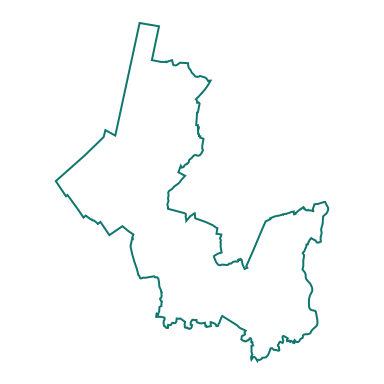 the district of Binh Chanh, Hồ Chí Minh city, Vietnam
{"feature_id": "81297802B93683261125538", "entity_name": "Binh Chanh", "entity_type": "district", "adm_level": 2, "iso_a3": "VNM", "parent_name": "Vietnam", "parent_adm1": "Hồ Chí Minh city", "projection": "natural_earth1", "projection_center": [106.606, 10.749], "detail": "fine", "context": "isolated", "style": "outline", "palette": "teal", "viewbox_px": 384, "rotation_deg": 0, "n_neighbors": 0, "source": "geoboundaries", "source_scale": "gbopen_adm2", "svg_char_len": 6055}
<svg xmlns="http://www.w3.org/2000/svg" viewBox="0 0 384 384"><path d="M163.5,322.6L164.0,325.7L164.3,326.2L165.2,326.4L166.3,327.9L167.9,328.0L168.1,327.5L167.9,325.8L168.2,324.9L169.4,325.2L170.8,325.0L172.1,323.0L172.5,322.8L174.2,323.2L175.4,323.0L176.3,321.6L176.7,318.5L178.7,318.8L180.4,318.5L185.1,321.9L184.6,324.4L184.9,327.4L185.6,327.7L186.8,327.5L187.1,328.1L188.9,328.4L189.2,328.9L190.1,328.7L191.0,328.2L191.7,327.0L192.0,325.0L190.7,324.8L190.7,322.6L191.0,321.7L192.4,319.8L192.8,319.7L194.3,320.1L196.5,320.0L196.6,321.6L197.2,322.4L199.9,323.3L201.5,323.4L205.0,322.8L205.4,325.8L206.2,325.8L206.4,327.0L210.9,326.1L210.6,322.2L211.5,322.3L214.9,323.7L215.9,324.6L216.3,326.1L216.8,326.6L216.7,326.3L217.8,326.0L218.2,325.7L218.4,324.3L219.4,322.8L220.1,320.7L220.8,319.2L221.2,317.7L222.3,316.0L236.9,325.2L239.8,327.9L245.7,330.7L245.1,331.8L244.5,332.2L244.5,332.8L245.0,334.0L244.9,334.5L243.4,335.5L242.2,335.7L241.9,336.0L241.3,339.4L243.5,340.9L244.6,341.0L244.9,341.3L246.1,341.4L247.0,340.6L248.5,340.1L249.7,338.4L250.3,338.2L250.9,338.5L251.2,339.2L251.4,340.4L251.3,341.8L252.0,341.8L252.5,342.3L252.1,342.8L253.1,345.5L251.4,346.0L251.6,350.3L251.4,351.7L252.4,354.6L251.2,356.4L251.1,358.0L251.5,359.6L253.1,357.1L254.3,357.0L255.0,357.4L256.0,358.6L257.4,361.0L257.9,359.9L258.3,359.7L259.1,359.9L260.0,359.8L261.0,359.3L261.9,358.5L262.2,357.8L265.9,357.4L268.0,355.1L270.2,349.8L270.4,348.7L270.9,348.2L271.9,348.2L273.8,349.8L276.7,350.1L278.0,350.7L279.1,350.5L279.4,349.8L279.0,348.6L279.0,347.1L278.9,346.8L277.9,345.8L277.9,344.9L278.9,343.7L279.2,342.7L280.0,341.8L280.4,341.8L282.5,343.0L282.7,342.9L283.3,340.7L282.5,337.8L282.6,336.5L282.9,336.2L283.3,336.0L284.7,336.5L287.8,338.3L287.5,339.1L287.0,339.5L286.9,340.4L287.1,341.1L288.0,340.8L288.6,341.1L289.1,340.9L289.3,341.1L289.7,341.7L290.2,341.9L290.6,341.4L290.6,340.8L291.0,340.8L291.8,341.5L292.6,341.7L292.9,342.5L293.1,342.4L293.7,341.4L293.9,341.6L294.0,343.0L294.3,343.1L294.7,342.3L294.6,340.6L294.7,340.2L296.4,342.0L297.1,342.1L298.4,341.9L299.1,341.3L300.6,338.9L302.7,337.8L303.0,335.5L303.6,334.8L304.8,334.3L307.6,334.2L308.9,333.9L309.8,333.5L310.6,332.7L311.5,330.8L312.7,329.4L316.6,325.9L317.4,323.9L317.5,322.9L317.3,319.7L315.8,311.6L315.2,310.9L311.1,310.0L309.9,308.8L309.2,307.3L309.0,305.6L308.9,301.9L309.1,298.8L309.9,295.6L312.2,291.1L312.3,289.0L311.8,286.9L310.2,283.6L307.4,280.6L306.0,278.7L305.7,277.0L305.7,275.0L305.4,273.7L304.8,272.4L302.5,269.5L303.3,266.1L303.3,260.5L304.1,255.6L303.9,254.8L302.7,253.2L303.1,252.4L304.1,251.6L306.2,246.7L306.5,244.5L307.8,244.4L308.3,242.7L309.2,240.8L310.0,239.5L311.3,238.1L312.4,239.0L315.4,240.4L316.5,242.0L317.4,242.7L318.1,242.7L320.8,241.7L320.6,237.4L321.7,233.0L321.1,229.9L321.4,228.1L322.6,224.1L323.1,216.7L323.6,215.9L326.3,213.6L327.0,212.5L328.1,210.1L328.2,208.0L325.0,201.9L324.1,202.0L317.9,203.9L315.4,204.1L314.2,204.5L314.1,206.0L313.7,206.6L312.9,208.8L313.2,211.1L312.5,211.1L311.7,210.6L308.4,210.3L308.3,210.0L306.6,210.4L304.2,209.0L303.8,208.4L304.3,208.1L303.4,207.1L300.9,209.1L300.8,208.9L299.0,210.3L295.7,213.0L295.8,213.6L295.2,214.1L294.9,214.0L294.1,214.3L293.9,213.6L293.8,211.5L291.0,212.0L289.4,212.9L287.3,213.4L286.4,213.9L285.8,213.8L282.9,214.3L282.9,214.7L282.5,214.6L279.4,215.5L275.1,216.3L270.1,218.3L270.4,219.2L265.7,221.3L262.2,229.1L253.1,250.8L246.3,266.2L247.3,267.8L244.6,268.9L242.6,264.6L241.6,259.7L240.6,259.1L240.3,259.8L239.9,259.9L239.9,259.4L239.5,259.3L238.9,259.4L238.1,259.9L238.2,261.2L237.6,261.7L236.9,261.7L236.0,261.4L233.8,261.7L232.9,262.1L231.0,263.6L229.1,263.6L228.1,264.8L227.0,265.0L221.7,264.6L220.8,265.2L219.9,265.2L218.8,265.1L218.0,264.5L216.2,262.3L214.5,258.4L214.0,256.8L214.1,255.9L217.0,254.2L218.4,253.5L221.6,252.5L220.6,246.4L220.8,243.5L220.4,242.7L220.9,240.3L220.0,238.4L220.1,237.8L220.9,236.6L221.3,234.5L216.5,233.8L217.4,228.1L216.5,227.8L212.5,225.1L205.2,221.8L195.2,218.3L194.8,213.3L194.2,213.4L191.7,215.4L190.5,215.9L186.3,220.9L186.2,219.1L185.6,216.7L185.9,215.4L185.7,213.8L184.2,213.1L168.0,208.8L168.0,206.7L167.3,204.6L168.5,200.8L168.0,198.1L168.6,195.6L168.2,192.8L168.8,191.2L172.2,188.8L174.3,186.4L178.3,183.6L179.3,182.6L182.1,179.0L185.1,175.8L178.4,172.3L180.8,165.8L181.7,167.6L183.5,167.1L184.2,165.8L185.1,164.8L186.6,164.1L187.0,163.6L187.3,163.8L188.4,162.6L188.8,162.1L189.1,160.2L189.4,159.7L191.6,158.1L193.6,155.7L195.1,155.0L198.1,155.7L199.6,155.4L201.4,153.4L202.8,150.6L203.0,149.9L202.3,148.8L202.2,146.4L203.5,138.8L200.2,137.6L200.3,136.3L199.0,136.1L199.0,134.2L198.1,133.9L198.0,128.5L198.8,128.5L198.9,127.3L197.9,127.2L198.0,125.2L196.2,125.1L196.8,117.4L197.0,112.6L197.9,112.3L199.6,103.7L198.6,102.4L197.3,102.8L196.7,100.1L195.9,99.3L199.3,95.9L205.1,89.3L208.4,84.5L210.6,80.6L209.8,80.6L208.2,81.2L207.5,79.9L205.8,77.8L201.5,76.4L199.9,76.0L199.0,76.6L197.6,76.9L195.3,76.5L193.8,74.6L191.8,72.7L190.4,69.8L188.8,67.9L188.2,65.4L188.1,63.2L180.1,62.7L176.7,65.1L175.4,65.4L174.1,65.3L173.2,64.8L172.1,60.2L168.8,61.1L166.5,62.2L166.0,61.6L165.0,62.1L162.4,61.8L161.4,62.0L151.9,60.1L159.0,26.3L139.6,23.0L115.3,135.6L105.4,130.1L103.7,137.0L85.1,155.1L55.8,181.1L66.0,196.3L67.5,195.0L77.7,209.0L83.5,217.6L85.7,215.6L90.8,219.3L92.0,219.6L92.4,220.3L93.6,220.3L96.7,222.7L97.9,224.0L100.4,221.9L109.4,235.1L122.4,226.2L129.2,231.7L133.4,234.5L132.4,237.0L132.8,237.7L132.8,238.7L132.2,238.3L130.7,245.3L130.6,246.9L132.4,254.9L134.3,261.5L136.9,269.0L138.4,275.1L139.1,275.7L140.2,278.3L140.5,278.4L141.7,278.2L143.2,277.6L145.0,277.8L154.2,276.3L154.7,277.0L155.3,277.4L156.9,277.3L157.5,277.6L158.4,278.8L159.1,283.0L159.3,286.5L160.8,289.8L161.1,291.9L161.8,292.3L161.7,293.0L161.4,293.8L161.6,295.4L161.5,297.0L161.1,297.7L160.2,298.4L160.1,298.9L161.0,301.0L161.7,301.3L161.9,301.9L161.5,302.9L161.4,306.0L159.6,306.9L159.4,307.3L159.2,311.4L158.6,312.6L158.1,314.8L157.5,314.7L156.6,313.8L156.3,315.0L156.2,316.9L160.8,316.8L164.5,317.6L164.6,319.7L163.9,320.5L163.5,322.6Z" fill="none" stroke="#0f766e" stroke-width="2"/></svg>